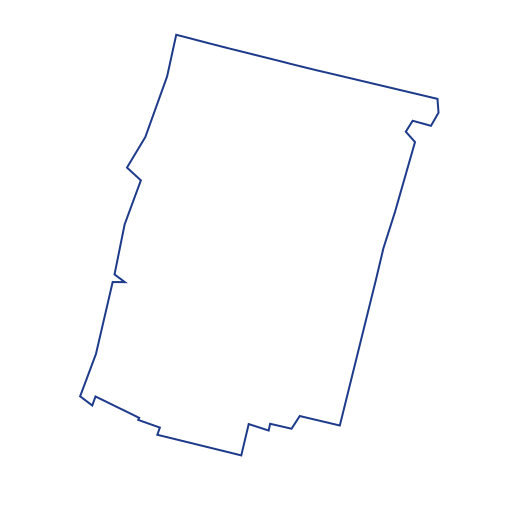 Lawrence, Tennessee, United States of America, rotated 193°
{"feature_id": "52423323B73768341334687", "entity_name": "Lawrence", "entity_type": "district", "adm_level": 2, "iso_a3": "USA", "parent_name": "United States of America", "parent_adm1": "Tennessee", "projection": "mercator", "projection_center": [-87.387, 35.229], "detail": "fine", "context": "isolated", "style": "outline", "palette": "blue", "viewbox_px": 512, "rotation_deg": 193, "n_neighbors": 0, "source": "geoboundaries", "source_scale": "gbopen_adm2", "svg_char_len": 694}
<svg xmlns="http://www.w3.org/2000/svg" viewBox="0 0 512 512"><g transform="rotate(193 256 256)"><path d="M136.2,109.7L133.8,259.3L133.6,292.2L130.5,329.9L126.7,402.8L138.0,410.8L133.8,423.0L114.8,422.2L110.4,436.7L114.5,449.9L233.5,450.6L239.5,450.6L244.5,450.7L247.4,450.7L265.7,451.0L273.0,451.2L288.3,451.5L295.4,451.6L330.6,452.2L351.1,452.7L378.9,453.5L383.5,453.6L383.0,411.0L390.6,347.0L401.6,313.1L385.2,303.8L391.1,257.2L389.7,206.2L377.9,201.0L389.8,198.4L389.9,124.5L395.8,79.7L381.9,73.5L380.8,83.0L333.4,72.0L333.9,69.8L311.1,67.2L311.9,59.6L225.5,58.4L225.3,90.6L204.4,88.8L204.5,95.7L182.5,95.7L177.4,109.9L136.2,109.7Z" fill="none" stroke="#1e3a8a" stroke-width="2"/></g></svg>